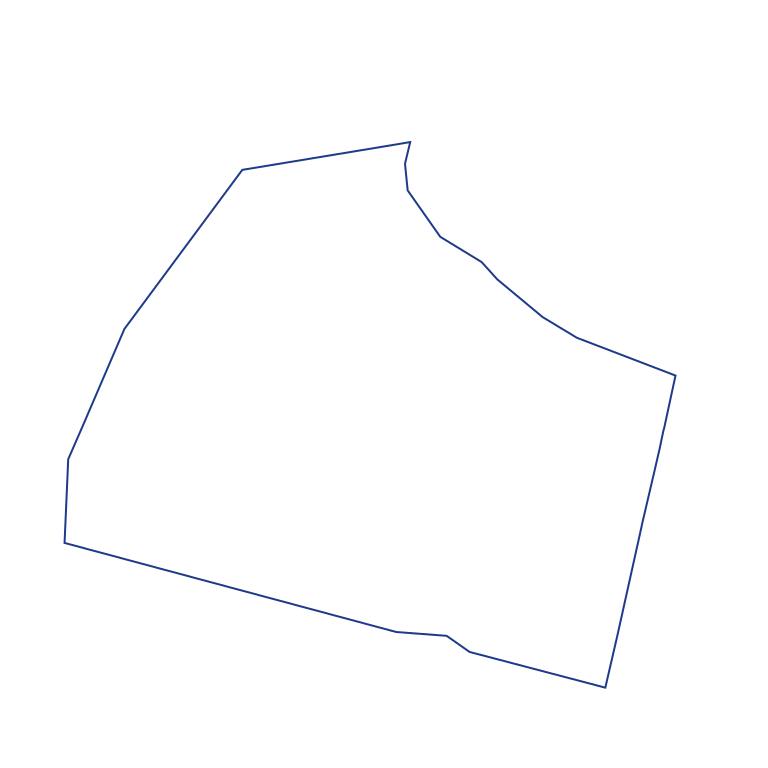 the district of Logan, Kentucky, United States of America, rotated 284°
{"feature_id": "52423323B14651853731347", "entity_name": "Logan", "entity_type": "district", "adm_level": 2, "iso_a3": "USA", "parent_name": "United States of America", "parent_adm1": "Kentucky", "projection": "albers", "projection_center": [-86.828, 36.858], "detail": "fine", "context": "isolated", "style": "outline", "palette": "blue", "viewbox_px": 768, "rotation_deg": 284, "n_neighbors": 0, "source": "geoboundaries", "source_scale": "gbopen_adm2", "svg_char_len": 501}
<svg xmlns="http://www.w3.org/2000/svg" viewBox="0 0 768 768"><g transform="rotate(284 384 384)"><path d="M625.1,350.9L619.8,338.8L557.5,194.7L374.6,118.8L272.0,102.1L234.6,95.8L152.5,112.5L146.3,455.8L154.8,505.7L144.7,531.9L142.9,672.2L195.9,671.3L308.7,668.4L309.3,668.3L365.0,667.5L387.7,667.1L403.5,666.5L405.9,666.4L409.3,666.5L462.7,664.8L475.5,560.0L487.3,521.7L512.9,468.6L525.9,449.3L540.4,403.0L577.6,360.1L602.8,351.1L625.1,350.9Z" fill="none" stroke="#1e3a8a" stroke-width="2"/></g></svg>